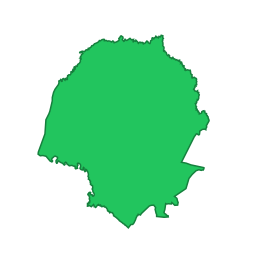 Pathum Rat, Roi Et, Thailand (Equal Earth projection), rotated 192°
{"feature_id": "78962969B53925020566398", "entity_name": "Pathum Rat", "entity_type": "district", "adm_level": 2, "iso_a3": "THA", "parent_name": "Thailand", "parent_adm1": "Roi Et", "projection": "equal_earth", "projection_center": [103.363, 15.626], "detail": "fine", "context": "isolated", "style": "filled", "palette": "green", "viewbox_px": 256, "rotation_deg": 192, "n_neighbors": 0, "source": "geoboundaries", "source_scale": "gbopen_adm2", "svg_char_len": 5809}
<svg xmlns="http://www.w3.org/2000/svg" viewBox="0 0 256 256"><g transform="rotate(192 128 128)"><path d="M151.9,45.7L151.4,43.1L150.6,43.4L150.2,44.2L147.5,43.4L145.8,46.0L144.9,44.9L144.8,44.0L143.6,44.0L143.3,43.6L142.7,44.1L141.9,46.1L141.1,46.9L140.8,46.3L139.3,46.9L139.2,46.3L138.7,46.5L138.6,46.0L137.5,46.1L137.2,45.6L135.2,46.6L135.0,46.1L134.2,45.8L133.5,46.0L133.0,45.7L131.3,44.2L130.8,42.8L130.0,42.4L129.7,42.6L129.3,42.1L128.7,42.2L128.3,41.5L128.0,42.1L127.3,41.7L125.7,41.9L124.0,40.1L123.9,39.2L121.1,38.1L117.8,36.2L117.3,35.6L114.0,34.2L112.7,33.4L111.3,33.1L110.9,32.8L110.8,32.4L109.8,32.2L106.9,30.4L105.2,34.1L103.3,34.7L102.5,36.2L101.6,39.7L101.4,41.7L100.7,44.3L100.1,44.5L100.1,45.7L97.7,45.5L97.2,47.0L90.9,56.2L89.2,57.2L86.8,57.9L84.7,56.1L84.4,55.6L84.6,54.2L82.8,50.4L82.0,49.3L81.6,47.4L74.1,48.2L70.1,49.4L70.5,50.5L72.4,50.7L72.8,51.4L74.4,52.0L75.3,52.9L75.0,55.8L75.4,61.9L74.2,61.7L72.9,62.3L69.8,62.7L69.6,64.2L66.2,62.1L63.4,62.9L63.5,65.7L64.3,66.7L65.5,69.3L68.3,70.8L58.7,80.8L57.9,91.3L55.6,95.9L52.5,100.4L50.0,101.9L47.5,101.8L46.3,102.5L45.7,102.5L45.3,103.9L45.4,104.9L45.9,105.0L58.7,105.0L63.7,105.7L68.6,105.6L61.4,133.1L59.9,136.5L58.8,136.5L57.7,135.9L56.8,136.4L56.9,138.4L57.2,139.8L55.1,142.0L53.1,142.8L51.5,142.5L51.7,143.5L51.2,145.4L51.8,146.5L50.2,151.9L50.8,153.4L51.3,153.6L52.1,155.7L52.8,156.0L53.1,156.7L53.6,156.7L54.2,157.6L54.2,158.4L55.5,158.6L56.3,159.4L56.3,160.3L56.8,160.2L57.3,160.7L58.5,160.0L59.2,159.3L59.1,158.1L59.4,157.7L61.2,156.6L61.5,157.7L62.3,158.3L62.5,158.8L63.0,158.5L63.4,159.5L64.0,159.8L64.2,160.5L64.9,160.0L65.0,161.0L65.6,161.4L65.4,163.0L66.0,163.2L66.7,165.3L67.2,166.0L66.3,166.5L66.1,167.2L66.6,168.0L65.8,169.4L66.1,170.2L65.3,170.2L65.0,171.9L65.4,173.3L65.2,175.3L66.3,176.4L66.2,177.4L67.3,177.4L67.7,178.9L68.4,178.1L70.2,178.1L71.0,179.1L71.8,179.3L71.7,180.1L70.9,181.5L71.2,182.1L71.2,183.0L70.2,183.2L70.8,184.1L69.8,184.7L70.7,186.9L70.3,187.5L71.1,188.8L71.0,189.7L71.3,190.4L71.7,190.7L72.3,190.6L73.5,191.4L74.3,190.8L75.1,191.1L75.4,190.4L75.9,190.4L76.0,191.4L76.4,192.1L76.3,193.3L77.9,194.1L78.8,196.8L79.3,197.5L79.9,197.1L81.9,197.3L83.4,196.4L83.9,197.4L84.4,196.9L84.6,197.9L86.1,198.9L86.0,200.4L86.5,200.5L86.7,199.7L87.0,199.7L87.3,200.7L88.3,201.2L88.4,201.9L89.2,203.3L89.9,202.5L89.9,203.5L91.2,203.6L91.6,205.1L92.4,204.8L92.6,204.1L94.1,204.6L94.5,205.0L95.3,204.5L96.3,204.8L96.6,205.3L97.7,205.2L98.8,206.4L99.5,205.0L100.2,205.6L101.4,205.5L102.1,205.9L102.4,207.4L103.4,208.0L103.7,207.1L104.2,207.0L105.2,207.8L106.3,209.7L107.1,210.2L107.8,210.2L108.2,211.1L109.1,210.7L109.4,211.7L109.3,212.8L109.6,214.5L111.2,215.9L111.2,217.5L111.6,218.1L111.7,218.9L112.5,220.1L112.2,221.0L112.5,221.7L112.0,223.0L112.8,223.5L113.1,225.5L114.8,225.6L115.2,224.0L115.6,223.7L116.7,224.1L117.2,222.4L118.1,223.0L119.0,222.5L119.5,223.5L119.9,223.6L120.2,222.2L121.0,221.6L121.3,220.6L122.5,221.4L123.0,221.2L123.2,220.8L122.9,219.0L124.0,218.0L123.9,215.8L124.2,215.1L126.0,215.7L126.5,216.6L127.6,217.0L129.2,214.2L130.0,214.1L130.4,213.5L130.8,213.6L131.1,214.6L132.1,214.7L133.1,214.0L133.8,214.5L134.6,214.3L135.5,213.0L136.5,214.2L138.5,215.5L138.6,214.4L140.0,214.6L140.8,213.5L141.1,214.0L141.0,215.8L143.0,215.0L144.7,216.1L147.3,213.4L148.1,213.3L149.0,214.2L149.4,214.2L149.7,212.3L150.1,211.9L151.9,213.2L151.5,214.9L152.0,216.0L153.8,216.7L154.4,216.3L154.9,214.6L155.6,213.7L155.0,212.4L155.2,211.6L157.0,209.9L159.3,208.5L160.0,209.6L160.9,210.0L161.9,208.7L163.8,209.2L165.0,209.2L165.9,208.6L167.2,209.1L169.3,208.5L169.4,209.6L169.9,209.8L171.7,209.1L173.2,207.5L174.2,207.6L174.7,206.2L176.3,204.7L178.3,203.4L179.3,201.5L180.5,201.0L181.0,199.5L181.7,198.6L182.8,198.0L182.7,197.0L183.5,197.3L183.6,196.1L185.2,195.8L186.4,193.7L188.8,193.6L190.9,192.1L190.9,191.6L190.6,191.5L189.5,192.0L189.5,192.4L188.5,192.3L187.6,191.4L188.8,190.0L188.7,188.9L189.3,188.0L188.9,187.1L189.5,186.4L188.4,186.2L188.2,185.7L188.8,184.7L188.4,182.9L189.0,181.2L190.5,179.6L190.5,177.8L191.7,177.9L192.0,176.6L193.2,176.7L193.4,176.1L193.2,175.4L192.1,175.2L191.9,174.8L192.4,174.2L193.1,174.4L194.0,174.0L194.1,172.8L192.9,173.2L192.9,172.3L193.7,171.6L193.9,170.9L194.9,171.3L195.5,171.0L195.1,169.5L195.4,168.1L197.0,167.7L197.4,166.8L197.9,166.7L197.6,165.6L198.2,164.8L197.4,163.4L197.5,162.8L198.6,162.6L199.2,163.4L199.7,163.4L200.1,162.4L199.5,162.4L199.6,161.7L201.6,162.9L202.0,162.5L202.5,161.0L202.1,160.3L202.2,160.0L202.7,159.8L203.0,160.8L203.8,161.5L204.4,160.2L205.4,159.6L204.9,157.8L205.1,156.0L207.4,150.8L208.2,147.4L208.4,142.2L207.7,138.7L207.9,128.4L208.3,125.5L210.0,119.0L208.0,105.0L210.7,85.8L210.5,83.7L208.1,82.6L205.5,83.4L202.2,83.3L197.4,79.5L195.5,79.0L195.0,79.4L194.9,80.1L196.1,81.1L196.0,82.5L194.0,85.1L193.3,85.4L191.0,84.8L190.7,84.3L190.7,83.0L191.6,81.3L191.3,79.7L190.5,78.7L189.9,79.0L189.5,81.2L189.0,81.4L187.1,80.4L184.3,79.8L183.3,78.8L182.4,78.6L182.0,79.3L182.5,81.0L181.9,81.6L181.0,81.3L179.9,79.7L179.1,79.7L177.6,78.8L175.1,79.8L173.3,79.4L171.9,79.6L171.2,77.5L170.7,77.2L169.0,78.1L169.6,79.2L169.6,80.6L169.2,81.4L170.1,82.3L169.8,83.1L168.8,83.3L167.3,82.7L166.7,82.0L166.3,80.4L166.6,78.6L166.1,78.0L165.0,77.5L163.7,77.5L163.3,78.4L163.5,79.7L163.2,80.2L162.7,79.8L162.5,77.9L161.0,76.4L160.4,77.0L160.8,78.3L160.7,78.8L159.8,78.5L157.8,76.1L157.0,74.1L157.0,72.2L156.1,71.3L156.1,69.7L154.9,69.4L154.4,68.4L153.6,68.1L153.6,66.6L152.9,66.1L153.0,65.1L151.8,64.4L150.8,64.3L150.0,61.9L150.4,60.9L149.4,59.7L149.1,58.5L147.5,56.8L147.2,55.8L147.3,54.7L147.8,54.1L148.3,54.0L149.3,55.3L150.3,54.9L151.3,55.7L151.0,56.9L151.7,57.3L152.6,56.8L153.5,54.9L153.3,54.3L152.4,54.1L150.9,51.5L151.2,50.7L150.2,49.0L150.0,46.9L150.5,46.5L151.1,46.9L151.2,45.8L151.9,45.7Z" fill="#22c55e" stroke="#15803d" stroke-width="1.5"/></g></svg>